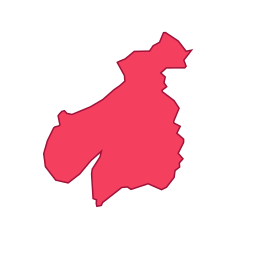 an SVG outline of Down, rotated 154°
{"feature_id": "GBR-2099", "entity_name": "Down", "entity_type": "District", "adm_level": 1, "iso_a3": "GBR", "parent_name": "United Kingdom", "parent_adm1": "", "projection": "natural_earth1", "projection_center": [-5.809, 54.331], "detail": "fine", "context": "isolated", "style": "filled", "palette": "rose", "viewbox_px": 256, "rotation_deg": 154, "n_neighbors": 0, "source": "natural_earth", "source_scale": "10m", "svg_char_len": 1053}
<svg xmlns="http://www.w3.org/2000/svg" viewBox="0 0 256 256"><g transform="rotate(154 128 128)"><path d="M185.9,70.1L190.3,71.3L189.9,73.1L189.5,74.4L187.8,77.2L190.3,79.9L180.9,102.6L178.2,106.7L165.9,114.2L162.1,118.8L175.9,114.9L191.5,107.9L205.9,104.9L215.8,112.8L219.2,129.4L215.0,141.9L206.0,151.9L194.8,160.6L193.3,161.0L189.4,160.2L187.8,160.6L185.5,169.6L183.2,170.8L180.2,171.9L177.6,171.4L176.5,167.9L172.4,164.7L152.7,163.5L138.2,164.6L123.6,168.6L116.9,169.6L110.2,171.5L108.2,176.8L108.9,191.7L105.9,191.7L100.4,191.3L88.8,194.1L74.9,187.7L69.3,190.9L62.1,191.2L54.3,198.1L52.5,197.4L44.7,184.1L42.1,171.5L36.8,170.1L48.1,164.5L48.7,158.0L50.6,157.2L67.2,165.2L74.4,163.1L72.2,157.5L75.8,152.9L75.1,148.2L80.9,147.0L81.2,145.4L74.6,132.4L73.4,123.4L84.0,114.0L84.6,112.4L80.3,106.6L86.4,101.9L82.9,93.6L84.4,90.6L94.0,83.3L92.1,76.2L97.2,74.1L98.7,70.3L104.4,69.1L108.2,63.4L119.4,57.9L124.9,57.9L134.4,69.1L152.2,71.5L154.4,75.3L159.7,77.3L183.4,72.2L183.5,72.3L185.9,70.1Z" fill="#f43f5e" stroke="#9f1239" stroke-width="1.5"/></g></svg>